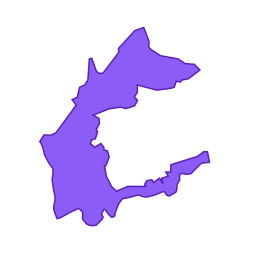 outline of Debar, Debar, North Macedonia, rotated 278°
{"feature_id": "65306769B94389460478239", "entity_name": "Debar", "entity_type": "district", "adm_level": 2, "iso_a3": "MKD", "parent_name": "North Macedonia", "parent_adm1": "Debar", "projection": "orthographic", "projection_center": [20.543, 41.495], "detail": "fine", "context": "isolated", "style": "filled", "palette": "violet", "viewbox_px": 256, "rotation_deg": 278, "n_neighbors": 0, "source": "geoboundaries", "source_scale": "gbopen_adm2", "svg_char_len": 2191}
<svg xmlns="http://www.w3.org/2000/svg" viewBox="0 0 256 256"><g transform="rotate(278 128 128)"><path d="M229.7,129.6L225.5,121.3L205.4,107.5L201.5,108.3L178.9,95.7L178.0,92.1L179.9,88.7L192.0,82.4L191.1,80.1L170.1,81.6L164.7,79.3L161.6,74.4L151.3,73.5L148.4,68.7L143.3,73.5L113.3,57.4L110.2,52.8L109.4,45.8L102.3,42.5L102.3,43.1L96.4,46.5L95.5,46.9L90.1,49.0L87.0,51.1L84.2,53.1L81.2,55.4L79.9,56.9L77.1,59.4L71.7,60.2L67.3,59.9L62.1,61.2L55.5,63.2L49.7,65.3L46.0,65.7L40.6,65.4L39.4,65.5L38.5,65.6L36.5,66.0L33.2,67.8L28.4,70.3L28.6,71.4L29.0,72.1L29.9,73.7L33.9,79.1L36.0,81.7L38.2,85.1L41.1,89.7L41.2,90.8L41.0,91.4L38.0,95.1L36.8,95.0L31.6,95.6L27.5,99.9L26.8,101.2L26.5,102.2L26.3,103.7L26.3,105.3L26.4,106.9L26.7,108.2L27.4,110.0L28.7,111.1L33.4,114.6L36.1,115.8L37.3,115.2L37.7,114.4L39.1,114.0L39.8,114.0L43.2,115.1L43.8,115.5L44.2,116.5L43.9,117.0L41.6,119.0L39.3,121.3L37.6,123.8L37.4,124.8L38.4,126.5L39.4,127.2L40.9,126.9L47.2,128.2L51.9,129.4L53.3,130.1L55.7,131.5L56.6,132.0L57.1,132.7L57.4,133.1L57.8,134.0L58.1,135.1L59.4,138.8L61.7,144.2L63.1,147.5L63.0,148.7L62.8,149.6L62.6,150.3L62.4,150.9L62.2,151.9L62.1,155.0L62.5,156.9L65.0,162.8L66.4,165.8L68.7,169.5L69.6,171.0L70.0,172.7L69.3,173.7L67.3,175.2L66.7,176.1L66.4,178.3L69.4,182.2L71.3,184.4L73.2,184.8L74.0,184.9L79.0,184.4L81.4,185.4L83.9,186.4L88.4,185.6L89.4,186.0L90.5,187.7L90.6,188.5L90.2,191.8L91.4,196.6L103.1,205.3L103.4,206.2L104.2,208.7L104.5,209.6L105.3,213.5L115.5,210.0L115.2,206.4L109.5,200.7L97.6,175.6L90.2,176.4L89.7,171.6L85.9,174.5L82.9,168.2L77.7,170.5L82.6,166.1L77.5,160.8L80.1,158.9L78.6,154.1L74.5,152.3L72.6,153.7L70.1,135.9L63.8,125.4L67.7,119.9L77.1,113.3L87.6,109.8L87.5,111.3L96.5,113.4L102.4,110.8L103.1,107.2L105.6,106.7L108.9,103.3L104.3,97.7L107.2,92.9L111.2,93.7L112.8,97.2L120.4,98.4L121.7,96.7L128.4,99.1L133.5,97.9L135.8,91.6L144.3,106.5L147.7,117.9L146.9,123.1L150.8,131.4L156.6,133.6L159.8,130.0L164.5,132.3L171.9,131.3L169.5,151.4L173.4,165.2L174.9,168.1L181.0,169.2L180.8,173.6L182.9,174.5L185.2,181.0L195.4,191.1L200.3,184.8L199.7,175.7L203.4,168.0L204.1,150.2L208.7,140.3L211.1,137.2L216.8,136.7L229.7,129.6Z" fill="#8b5cf6" stroke="#5b21b6" stroke-width="1.5"/></g></svg>